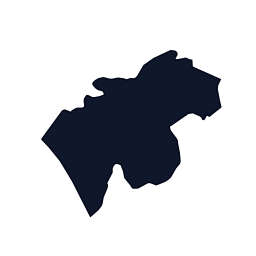 an SVG outline of Santa Rosa, rotated 36°
{"feature_id": "GTM-1957", "entity_name": "Santa Rosa", "entity_type": "Department", "adm_level": 1, "iso_a3": "GTM", "parent_name": "Guatemala", "parent_adm1": "", "projection": "natural_earth1", "projection_center": [-90.341, 14.154], "detail": "fine", "context": "isolated", "style": "filled", "palette": "ink", "viewbox_px": 256, "rotation_deg": 36, "n_neighbors": 0, "source": "natural_earth", "source_scale": "10m", "svg_char_len": 2025}
<svg xmlns="http://www.w3.org/2000/svg" viewBox="0 0 256 256"><g transform="rotate(36 128 128)"><path d="M149.5,221.4L148.4,220.9L114.4,203.5L92.7,194.3L75.2,189.6L65.0,187.7L64.9,184.8L65.0,153.1L65.5,151.8L66.4,150.7L68.9,150.0L71.3,149.5L72.0,149.2L72.5,148.8L73.1,146.3L74.8,142.7L75.9,141.5L78.8,139.5L79.6,138.7L80.3,137.7L80.5,137.1L80.4,136.3L80.0,135.2L76.9,131.9L76.5,131.4L75.7,129.7L75.6,126.1L77.1,125.3L81.1,124.6L81.7,124.4L83.1,123.3L86.7,119.5L89.4,115.6L89.2,114.8L88.7,114.0L86.8,112.9L85.8,112.7L85.0,112.8L81.6,114.2L80.9,114.3L79.5,114.4L78.1,114.3L75.2,113.6L74.3,113.3L73.8,113.0L73.4,112.2L73.4,111.0L74.1,108.2L75.4,105.4L78.6,101.8L84.9,99.3L86.6,98.0L90.7,93.6L94.9,91.3L96.6,90.6L97.9,90.2L98.5,90.0L98.9,89.7L100.7,87.2L101.4,86.5L102.1,86.0L102.6,85.8L103.2,85.5L103.6,85.1L104.0,84.7L105.1,83.3L105.4,80.1L104.2,68.1L108.2,56.5L117.2,40.3L120.9,38.4L121.8,38.3L123.5,38.8L124.1,39.5L124.5,40.3L124.8,43.4L125.0,44.0L125.2,44.6L125.6,45.1L126.6,44.8L128.0,43.8L132.2,39.4L133.4,37.9L135.2,37.2L137.1,37.2L139.7,35.8L142.5,39.1L142.9,39.8L143.7,40.5L144.2,40.8L147.3,40.3L150.1,39.7L174.1,34.6L175.2,40.6L177.1,44.1L184.9,51.5L190.7,56.5L186.8,70.6L183.7,71.0L184.4,75.8L184.1,76.6L183.6,76.9L182.5,76.4L181.5,75.8L179.1,75.7L171.5,77.4L171.0,77.8L168.1,80.7L160.3,102.7L163.5,105.3L173.6,108.5L174.8,109.1L175.7,109.9L177.2,111.6L184.0,118.0L189.3,124.0L190.4,126.5L190.0,132.1L191.1,142.3L191.0,143.0L190.8,144.5L190.2,146.7L189.0,149.6L185.2,155.7L184.0,157.3L183.5,157.5L180.5,158.2L178.0,159.0L176.8,159.8L176.0,160.5L174.7,163.3L171.2,170.6L167.8,173.3L167.1,173.5L166.2,173.5L164.0,172.5L155.4,170.2L154.3,169.7L150.1,165.6L143.9,161.6L140.0,162.8L138.6,164.0L138.3,164.9L138.1,166.3L138.1,167.7L138.3,168.6L139.0,170.5L139.7,171.5L140.8,172.8L141.2,173.8L142.8,184.4L143.0,185.0L143.4,185.5L143.8,185.8L144.9,186.4L145.6,187.7L146.3,189.7L148.4,198.6L151.3,204.5L151.6,205.8L151.8,207.0L151.7,211.6L150.3,217.9L149.5,221.4Z" fill="#0f172a" stroke="#020617" stroke-width="1.5"/></g></svg>